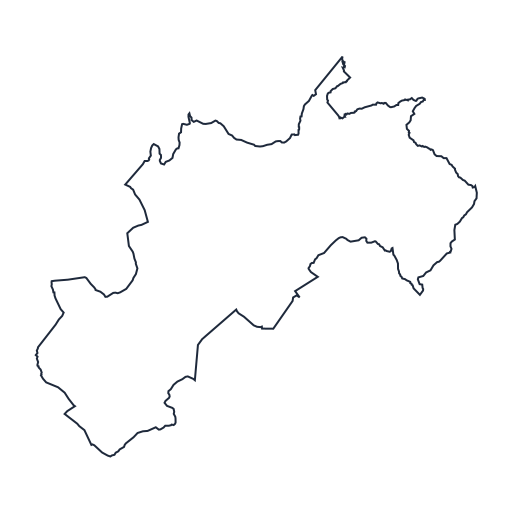 outline of Coyomeapan, Puebla, Mexico, rotated 179°
{"feature_id": "50627088B96013313047300", "entity_name": "Coyomeapan", "entity_type": "district", "adm_level": 2, "iso_a3": "MEX", "parent_name": "Mexico", "parent_adm1": "Puebla", "projection": "natural_earth1", "projection_center": [-97.01, 18.286], "detail": "fine", "context": "isolated", "style": "outline", "palette": "slate", "viewbox_px": 512, "rotation_deg": 179, "n_neighbors": 0, "source": "geoboundaries", "source_scale": "gbopen_adm2", "svg_char_len": 6031}
<svg xmlns="http://www.w3.org/2000/svg" viewBox="0 0 512 512"><g transform="rotate(179 256 256)"><path d="M321.0,398.7L321.1,396.4L319.8,390.0L320.1,389.3L322.8,388.4L326.5,389.4L327.6,389.1L328.6,384.8L328.8,381.0L330.8,379.7L331.4,376.1L331.3,373.4L330.4,370.8L330.6,368.2L331.6,365.0L332.8,365.0L334.2,364.0L337.0,359.4L337.8,355.5L341.0,353.0L344.6,351.7L346.3,349.1L349.4,350.2L350.5,352.7L350.5,353.7L349.3,355.7L349.2,356.8L349.3,358.7L350.6,360.0L350.7,364.7L352.0,367.3L356.3,369.7L357.8,368.3L359.0,365.8L359.8,362.2L359.4,358.2L361.4,355.5L361.1,354.3L361.7,353.4L362.8,352.9L365.7,352.9L367.5,349.8L385.5,329.7L380.6,327.3L379.7,325.9L377.7,324.5L375.8,319.6L371.6,314.5L366.5,303.8L363.5,292.0L370.0,289.1L373.1,288.5L378.3,286.4L384.3,281.0L382.9,268.2L379.2,262.5L378.5,260.5L377.6,255.5L376.2,251.8L376.3,250.3L374.8,245.7L376.4,240.0L378.9,236.3L379.8,233.8L386.3,225.4L392.5,222.0L394.9,221.2L397.2,221.8L399.4,221.6L405.4,217.9L407.3,217.8L408.7,220.2L412.2,223.0L417.0,224.8L417.2,225.8L418.4,227.5L421.8,231.1L426.0,237.0L427.6,237.8L444.5,235.6L457.7,234.8L460.7,234.4L460.9,233.4L460.7,231.3L461.1,229.4L459.6,225.9L459.2,223.2L458.2,223.1L458.1,220.0L457.2,217.1L452.2,206.2L449.3,202.8L450.8,199.5L454.2,196.0L457.6,190.8L475.6,168.5L475.7,167.4L476.8,165.3L476.2,162.8L477.9,160.8L476.2,159.2L476.9,157.2L475.7,153.8L476.5,150.8L476.3,150.0L475.3,149.5L475.3,148.4L473.3,146.2L472.3,143.2L472.8,142.0L472.5,141.1L473.1,140.5L471.1,137.0L468.0,133.3L456.2,128.2L449.7,122.7L445.8,116.4L440.9,109.9L439.7,109.0L447.4,104.2L450.1,101.4L437.6,91.4L435.7,89.0L430.6,84.9L423.9,70.0L422.9,70.5L421.0,69.6L413.3,62.2L407.7,59.0L405.1,58.1L403.6,59.1L401.0,59.7L399.7,61.8L397.1,63.1L395.7,65.0L391.3,67.4L390.5,69.6L389.3,71.0L381.5,77.0L377.5,81.1L372.2,82.7L367.4,83.0L359.2,86.5L356.2,84.1L354.6,84.3L351.4,86.1L349.7,87.9L346.2,87.8L343.9,88.3L343.3,88.9L341.3,88.4L339.8,89.7L339.3,91.0L339.3,95.0L339.5,96.7L341.0,99.6L340.5,101.6L341.0,104.5L342.3,105.6L347.6,107.7L350.0,110.8L349.0,112.7L345.4,115.7L344.8,117.0L345.0,118.7L346.1,120.4L345.9,122.4L343.5,124.3L340.7,128.6L336.8,131.8L331.8,134.1L328.6,136.4L326.3,136.8L320.8,134.2L319.3,132.9L315.6,168.1L311.2,173.9L276.7,202.8L276.0,201.1L274.4,199.0L269.1,195.5L259.5,186.7L256.2,185.2L252.7,184.8L251.4,185.3L251.2,183.3L240.0,183.0L220.2,210.4L219.6,213.9L216.1,215.9L213.1,213.9L217.5,220.2L194.6,234.1L201.4,239.0L203.5,242.1L203.7,242.9L202.2,245.0L201.7,247.0L200.2,248.1L198.5,248.1L197.0,251.6L195.5,252.7L193.6,255.7L187.9,257.8L181.0,265.5L175.9,270.2L173.0,272.4L171.2,273.2L169.1,273.4L165.4,271.6L164.3,270.4L161.2,268.7L153.1,269.9L150.1,272.4L146.8,272.8L145.3,271.4L145.5,269.2L144.4,267.4L140.6,267.3L136.8,268.7L136.0,268.4L133.9,265.9L132.7,265.6L131.8,263.8L129.2,262.5L127.1,259.2L126.3,259.4L125.4,258.7L122.2,257.9L121.1,258.6L120.2,261.2L119.4,261.6L118.6,254.9L117.7,254.0L115.4,249.6L114.2,246.0L114.2,240.6L113.3,238.0L113.2,236.2L112.2,235.0L112.0,233.6L110.8,232.6L110.2,231.0L107.5,230.3L105.7,229.0L102.3,227.5L102.2,226.2L101.0,225.6L100.9,224.6L99.9,224.0L99.0,220.9L92.8,214.3L89.6,218.5L89.4,220.0L90.0,221.2L90.3,224.5L92.9,225.0L94.6,229.9L94.0,231.8L89.1,233.1L86.2,236.6L81.8,238.6L78.7,243.6L74.9,246.8L73.3,247.0L71.9,248.1L65.2,255.2L61.7,256.1L61.9,256.9L61.2,257.3L60.4,259.7L61.4,262.3L61.3,265.4L60.0,267.0L56.9,269.0L57.2,278.5L56.2,283.8L54.2,284.5L51.6,286.8L49.4,290.3L48.1,291.1L47.1,292.9L45.4,294.0L44.2,296.1L39.2,300.8L37.1,304.2L36.6,307.0L34.5,309.8L34.1,315.4L35.6,322.1L36.3,321.1L38.1,320.7L38.4,322.2L39.9,323.2L42.4,323.6L46.0,327.7L47.8,328.4L50.3,330.8L51.6,331.1L52.6,332.4L52.9,334.4L54.4,335.9L55.6,338.9L55.5,339.8L57.9,342.1L58.8,343.7L60.8,344.6L63.8,350.5L66.7,350.6L68.9,352.5L73.7,352.8L75.7,354.6L77.2,358.7L78.6,359.5L79.6,359.1L80.5,360.2L81.5,360.5L82.7,361.5L84.9,362.4L85.9,362.1L87.5,363.1L88.2,362.6L90.5,363.7L92.3,363.3L93.9,365.0L94.5,366.4L96.0,367.2L96.5,368.9L100.3,371.6L101.2,374.5L100.4,376.4L101.1,376.8L100.8,378.4L102.9,380.5L103.3,384.5L100.4,386.9L99.0,389.0L98.6,393.1L95.2,395.3L96.7,398.0L94.7,401.4L93.2,403.3L89.7,405.3L88.4,407.0L86.5,407.6L85.6,409.2L84.5,409.1L84.5,410.0L85.1,410.5L87.1,411.5L90.6,410.8L91.7,410.4L93.0,408.4L93.6,408.3L95.8,409.3L97.5,411.2L99.4,409.9L101.3,409.7L101.4,409.0L104.1,409.9L104.3,409.4L107.5,408.8L109.4,407.7L111.0,406.4L111.2,404.5L113.0,404.5L115.2,403.1L118.5,402.4L119.4,402.6L121.4,404.1L123.6,406.8L125.1,406.8L125.7,406.0L127.5,406.8L128.7,406.5L131.8,407.4L133.0,406.4L133.3,405.2L136.6,405.3L137.9,404.5L144.7,402.8L147.7,401.4L149.9,401.6L152.1,400.9L153.4,399.1L154.7,398.8L154.8,397.9L155.5,397.5L158.5,397.4L160.2,396.5L162.2,396.9L163.1,395.9L163.9,396.4L164.3,395.7L164.9,395.9L165.1,394.9L164.6,393.7L165.2,393.7L167.2,392.1L168.9,392.9L169.4,392.2L170.1,392.2L170.1,393.3L170.4,393.3L171.1,394.8L181.9,408.2L181.3,410.1L182.1,411.2L182.2,414.8L181.4,417.1L180.6,417.9L178.6,418.3L178.5,419.5L176.4,421.6L173.7,422.3L171.8,424.5L171.2,424.5L168.5,426.6L166.2,427.4L166.0,428.0L163.3,428.2L163.3,428.6L162.1,429.1L162.0,429.8L158.8,432.8L164.9,439.0L164.8,440.0L165.9,442.6L165.4,442.4L164.8,443.8L164.0,443.3L163.7,444.4L165.4,446.1L166.0,448.3L164.5,448.2L164.9,447.4L164.3,447.2L164.1,448.1L166.1,449.8L166.4,451.9L166.0,453.9L193.9,420.8L193.2,416.7L195.5,415.1L196.8,416.0L197.3,415.5L200.4,410.1L204.5,406.6L205.5,405.0L206.0,402.0L207.7,397.6L208.0,394.8L209.1,394.7L209.5,392.5L209.2,390.5L210.9,387.0L211.0,384.4L210.6,384.2L210.6,382.8L210.7,381.6L211.3,381.3L211.3,377.8L211.8,376.5L215.0,376.2L215.5,376.9L218.2,376.8L220.0,373.3L223.8,370.0L225.9,368.9L228.3,369.1L229.6,370.5L232.3,370.5L234.3,370.2L238.5,367.6L242.9,367.0L247.1,365.7L250.1,365.4L254.9,366.0L256.0,367.3L262.9,369.5L268.8,372.3L273.5,372.8L275.9,374.5L277.8,376.9L281.3,378.5L286.0,386.3L289.3,389.3L291.0,389.7L292.8,391.6L294.2,392.1L298.5,389.7L304.0,388.9L306.5,389.1L313.0,392.5L315.9,391.2L318.0,393.0L318.1,395.5L319.5,397.1L320.1,399.8L321.0,398.7Z" fill="none" stroke="#1e293b" stroke-width="2"/></g></svg>